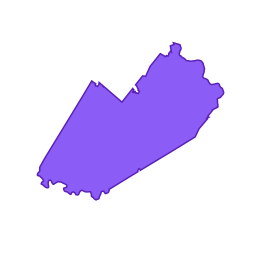 the district of Miguel Alemán, Tamaulipas, Mexico, rotated 39°
{"feature_id": "50627088B85594866218636", "entity_name": "Miguel Alemán", "entity_type": "district", "adm_level": 2, "iso_a3": "MEX", "parent_name": "Mexico", "parent_adm1": "Tamaulipas", "projection": "natural_earth1", "projection_center": [-99.092, 26.233], "detail": "fine", "context": "isolated", "style": "filled", "palette": "violet", "viewbox_px": 256, "rotation_deg": 39, "n_neighbors": 0, "source": "geoboundaries", "source_scale": "gbopen_adm2", "svg_char_len": 5666}
<svg xmlns="http://www.w3.org/2000/svg" viewBox="0 0 256 256"><g transform="rotate(39 128 128)"><path d="M84.1,213.9L85.5,215.9L85.8,216.2L86.1,216.3L86.3,216.5L86.5,217.4L86.4,219.3L86.4,219.5L86.5,220.0L86.7,220.7L86.9,221.3L87.0,221.4L87.2,221.6L87.5,221.7L87.7,221.8L87.9,221.8L88.0,221.7L88.7,221.3L89.0,221.1L89.6,221.0L90.0,221.0L90.4,221.0L92.6,221.1L92.8,221.2L93.2,221.3L94.4,221.5L94.7,221.7L95.1,221.8L95.4,222.1L95.5,222.3L95.6,222.6L95.4,223.3L95.3,223.9L95.2,224.5L95.3,225.0L95.5,225.7L95.6,225.9L95.8,226.1L96.1,226.1L97.1,225.8L97.7,225.8L98.2,225.8L100.2,225.9L101.2,225.9L101.8,225.7L102.5,225.5L103.0,225.2L103.4,224.8L103.5,224.4L103.5,224.1L103.4,223.8L103.0,223.2L101.4,221.9L100.8,221.2L100.3,220.5L99.9,219.9L99.7,219.7L99.6,219.4L99.6,219.1L99.6,218.9L99.6,218.6L99.7,218.4L99.8,218.1L100.0,217.9L100.1,217.7L100.4,217.5L100.5,217.4L100.9,217.4L101.5,217.4L101.7,217.5L102.1,217.7L102.8,218.1L103.6,218.5L104.3,218.7L104.9,218.8L105.2,218.8L105.4,218.7L105.5,218.6L105.7,218.4L105.8,218.0L106.2,216.7L106.6,215.4L106.8,215.0L107.0,214.6L107.4,213.9L107.5,213.7L107.9,213.4L108.4,213.2L109.7,212.3L110.1,212.1L110.7,211.9L111.0,211.8L111.8,211.8L112.1,211.8L112.8,211.6L113.6,211.3L114.1,211.2L114.6,211.1L115.4,211.0L115.8,211.0L116.3,211.0L116.6,211.1L116.8,211.2L117.0,211.5L117.2,211.9L117.4,212.4L117.4,212.6L117.4,212.9L117.4,213.0L116.8,213.7L116.7,213.9L116.5,214.3L116.0,215.1L116.0,215.3L116.0,215.5L116.6,216.0L117.0,216.3L117.4,216.6L117.8,216.8L118.2,216.9L118.5,216.9L118.8,216.9L119.3,216.8L120.4,216.2L120.7,216.1L121.3,215.9L121.7,215.9L122.2,215.9L123.1,215.9L123.3,215.9L123.7,215.8L124.8,215.9L125.0,215.8L125.2,215.7L125.3,215.6L125.4,215.4L125.4,215.2L125.3,214.7L125.2,214.5L125.0,214.0L125.0,213.6L125.0,213.4L125.1,213.1L125.3,212.7L125.7,212.2L125.9,212.1L126.1,212.0L126.3,211.9L127.0,211.9L127.6,211.8L127.9,211.8L128.1,211.9L128.4,212.1L128.8,212.4L129.1,212.5L129.4,212.6L129.7,212.5L131.0,211.7L131.3,211.3L131.4,210.9L131.4,210.6L131.1,209.7L130.8,208.7L130.7,208.2L130.8,206.4L130.9,206.1L131.0,205.9L131.2,205.7L131.5,205.4L132.2,205.2L132.8,205.0L133.7,204.8L134.7,204.6L135.6,204.0L136.1,203.7L137.0,202.9L137.4,202.6L137.7,202.3L138.2,201.8L138.6,201.4L139.0,201.2L139.5,201.3L140.1,201.9L141.0,202.4L141.2,202.5L141.5,202.7L141.8,203.1L141.9,203.4L142.1,203.7L142.4,203.9L142.7,204.1L143.3,204.1L143.8,204.1L144.4,203.9L144.8,203.8L145.1,203.9L146.1,204.3L146.4,204.3L146.9,204.2L147.3,204.1L147.5,204.1L148.2,204.1L148.4,204.0L148.5,203.9L148.6,203.5L148.7,203.0L148.8,202.9L148.8,202.7L149.0,202.6L149.4,202.2L149.6,202.0L149.7,201.8L149.7,201.7L149.8,201.2L149.7,200.7L149.5,200.3L149.0,199.4L148.4,196.8L148.2,196.1L147.5,194.7L147.5,194.1L147.9,193.4L148.5,192.7L148.9,192.4L149.3,192.5L149.8,192.7L150.4,193.0L151.2,193.2L151.8,193.1L152.1,192.9L153.1,190.8L153.2,190.2L153.1,189.7L152.9,188.9L152.5,188.2L151.9,187.7L159.4,166.4L163.2,155.8L162.8,155.6L162.6,155.4L162.4,154.7L162.3,154.3L162.2,153.7L162.1,153.4L162.0,153.2L162.1,152.8L162.1,152.7L162.3,152.5L162.7,152.5L163.0,152.6L163.6,152.6L164.0,152.8L164.2,153.1L176.6,118.7L185.8,92.7L183.7,83.8L183.9,74.2L184.0,71.0L182.9,71.0L184.1,68.6L182.6,68.6L182.6,68.2L182.6,61.0L182.2,60.9L182.4,60.2L184.6,55.5L184.0,55.1L184.3,54.6L183.6,53.9L183.1,53.2L182.4,52.8L181.7,52.1L181.1,51.4L180.5,50.6L179.5,49.9L179.4,49.7L179.3,49.4L179.3,48.7L179.4,48.2L179.6,47.9L180.2,46.8L180.5,46.3L180.6,45.9L180.6,43.9L180.7,42.5L180.6,41.4L180.4,40.8L180.0,40.2L179.6,39.8L177.4,38.5L176.8,38.1L176.0,37.9L175.6,37.9L175.1,38.0L174.1,38.0L173.5,37.9L173.2,37.8L172.5,37.4L171.8,36.9L171.5,36.7L171.1,36.6L170.6,36.6L170.0,36.7L169.5,36.9L169.2,37.3L167.3,39.8L166.7,40.5L166.2,41.0L165.8,41.4L165.4,41.7L165.0,41.8L164.7,41.9L164.3,42.0L163.5,42.0L161.9,41.5L160.9,41.0L160.3,40.6L159.5,40.5L158.9,40.5L158.1,40.7L157.1,40.9L156.0,41.4L155.5,41.5L154.7,41.5L154.1,41.3L153.8,41.1L153.0,39.8L152.8,39.2L152.2,37.5L151.9,36.7L151.6,36.1L151.4,35.9L150.9,35.2L150.7,34.9L150.4,34.2L150.1,33.7L149.7,33.4L148.7,32.8L148.3,32.4L147.8,32.1L147.4,31.8L146.6,31.3L146.3,31.1L146.1,30.8L145.8,30.6L145.2,30.4L143.8,30.0L143.3,29.9L142.7,29.9L142.1,30.0L141.6,30.2L141.0,30.4L140.4,30.8L139.5,31.4L139.2,31.7L138.8,32.0L138.4,32.7L138.0,33.2L137.0,34.3L136.6,34.7L135.7,35.6L135.4,36.0L135.1,36.3L134.1,37.0L132.9,37.6L131.6,38.5L131.3,38.7L130.9,38.8L130.0,38.8L128.7,38.5L127.9,38.6L127.2,38.6L126.1,39.0L125.5,39.0L123.7,38.7L123.1,39.0L122.8,39.1L122.7,39.1L122.2,38.9L121.6,38.6L121.1,38.1L120.7,37.1L120.6,36.8L120.4,36.6L120.2,36.3L120.1,35.9L119.9,35.5L119.8,34.9L119.8,34.6L119.6,33.5L119.3,33.0L119.0,32.6L118.0,31.9L116.7,31.0L116.2,30.8L116.0,30.6L113.8,31.4L112.6,32.0L111.2,32.5L109.6,33.2L110.2,33.6L110.4,33.3L111.1,33.8L111.0,34.6L109.2,37.5L113.9,41.6L113.6,41.6L112.7,41.3L112.7,42.8L112.7,44.6L112.9,44.2L113.0,44.9L113.3,45.0L113.8,46.9L112.3,47.6L112.4,48.9L106.3,49.9L106.3,51.6L106.4,56.5L106.4,57.9L106.4,64.7L106.5,66.6L109.2,76.7L106.6,78.3L106.7,88.7L106.7,89.7L108.8,90.0L110.1,90.9L111.1,91.0L112.1,92.4L113.8,92.2L114.3,94.7L112.9,95.2L113.1,95.4L112.5,95.7L112.4,95.9L111.5,96.1L111.3,96.1L111.1,95.5L111.1,95.4L110.8,95.4L110.7,95.4L110.6,95.2L110.5,95.3L110.3,95.4L109.9,97.0L109.1,97.3L108.7,95.2L108.6,94.9L108.6,94.7L108.2,94.7L106.8,94.3L106.8,95.0L107.0,111.7L97.0,111.4L90.8,111.2L85.6,111.0L83.5,111.0L83.4,111.4L82.0,111.4L81.9,111.3L81.9,110.9L76.9,110.8L77.4,111.7L78.1,111.9L78.2,114.9L77.3,115.0L76.5,115.6L76.0,115.5L75.5,115.0L75.3,115.0L75.2,114.0L73.9,114.0L72.0,114.5L72.0,114.2L70.7,114.2L70.2,114.3L72.7,131.5L76.3,158.3L82.3,203.5L84.1,213.9Z" fill="#8b5cf6" stroke="#5b21b6" stroke-width="1.5"/></g></svg>